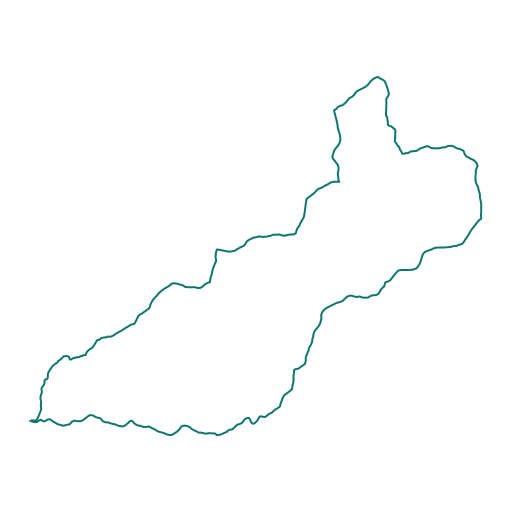 Nyisho, Wangdi Phodrang, Bhutan (Equal Earth projection)
{"feature_id": "84629894B40037951494601", "entity_name": "Nyisho", "entity_type": "district", "adm_level": 2, "iso_a3": "BTN", "parent_name": "Bhutan", "parent_adm1": "Wangdi Phodrang", "projection": "equal_earth", "projection_center": [90.07, 27.567], "detail": "fine", "context": "isolated", "style": "outline", "palette": "teal", "viewbox_px": 512, "rotation_deg": 0, "n_neighbors": 0, "source": "geoboundaries", "source_scale": "gbopen_adm2", "svg_char_len": 6010}
<svg xmlns="http://www.w3.org/2000/svg" viewBox="0 0 512 512"><path d="M293.6,377.9L293.4,376.5L294.1,372.2L294.1,370.1L295.1,369.3L298.7,368.5L300.9,366.8L304.4,364.4L305.1,363.4L305.8,360.6L305.7,358.6L305.8,357.1L306.6,355.0L308.6,350.2L309.1,347.6L310.0,346.5L311.3,343.8L312.2,341.5L312.4,338.8L313.0,337.4L313.6,333.7L314.5,331.2L318.8,325.9L320.2,323.2L321.5,318.2L321.2,316.7L321.2,315.2L322.1,312.3L324.2,309.8L326.0,308.4L327.9,307.2L334.6,303.9L336.4,303.0L340.8,301.8L342.8,300.8L347.0,296.7L349.6,295.7L351.4,295.6L354.5,296.6L357.5,297.0L358.8,296.5L360.4,296.7L362.5,297.6L366.2,297.7L367.8,297.6L371.0,295.8L372.8,295.3L376.1,295.1L378.3,293.9L380.1,291.4L380.5,290.0L382.1,288.2L383.8,286.8L384.8,284.3L385.4,282.3L388.5,281.3L390.6,279.9L393.2,276.3L398.0,270.7L399.8,270.2L401.7,270.0L408.0,270.0L412.5,269.7L416.4,268.4L418.3,266.1L420.4,262.4L421.2,259.4L422.7,254.6L424.8,252.0L428.9,250.3L431.4,249.5L435.0,247.8L439.0,247.5L444.1,247.5L450.2,247.0L453.9,246.1L456.5,246.0L458.4,245.0L461.3,244.2L462.8,243.3L463.8,242.0L464.9,240.1L466.0,238.7L468.1,235.5L471.2,230.1L474.8,225.6L475.9,224.0L479.1,220.1L481.0,218.9L481.3,217.9L480.9,215.2L481.2,211.9L481.2,204.4L481.0,202.5L479.9,197.4L479.8,193.6L478.9,191.1L478.2,187.9L478.0,186.6L476.9,185.0L475.8,182.3L475.5,180.2L475.5,176.5L475.9,172.4L475.7,170.8L476.3,169.0L477.6,165.9L476.3,162.5L474.0,160.3L469.8,158.3L467.8,157.0L466.2,156.3L464.8,154.4L463.7,151.3L463.2,150.6L459.7,149.0L456.8,148.3L453.1,146.2L451.5,145.8L448.1,146.0L444.7,147.5L442.9,147.3L439.9,148.1L436.1,148.4L431.3,148.1L428.9,146.7L427.4,146.1L425.3,146.7L420.5,148.4L417.2,150.5L416.1,151.0L410.9,151.4L408.0,153.1L405.7,153.2L403.8,153.8L402.3,153.6L401.1,151.2L399.7,149.1L399.3,147.2L398.1,146.2L396.2,143.1L394.8,141.4L395.1,138.8L395.3,136.0L395.1,134.0L395.5,131.1L395.1,130.1L394.8,129.2L391.2,126.4L388.7,125.5L387.8,124.8L387.9,122.2L387.4,119.8L387.2,117.1L386.0,115.6L386.0,112.5L386.3,108.9L386.3,105.1L386.4,102.4L386.2,100.4L386.4,98.7L387.7,96.8L389.0,93.9L388.6,92.6L388.0,89.7L386.3,84.9L384.8,81.4L383.5,80.2L377.5,76.9L373.6,78.7L370.8,81.1L368.3,84.3L366.2,86.3L362.9,88.2L357.4,90.9L355.4,92.7L354.7,94.3L352.1,96.7L349.4,98.2L347.2,100.6L346.0,102.3L344.3,103.8L342.3,105.4L341.0,105.5L339.5,106.2L337.7,107.2L336.4,108.9L334.2,110.1L334.3,111.7L336.6,120.6L337.5,124.9L337.8,128.1L339.9,135.0L340.4,139.2L339.9,142.1L338.4,145.1L335.6,148.5L334.2,150.5L332.3,156.9L333.1,159.0L334.6,160.5L335.7,162.2L337.7,164.8L338.4,166.8L338.6,169.9L337.8,172.7L338.0,175.8L338.6,180.3L339.1,181.7L334.1,181.8L331.1,182.3L327.7,184.4L324.5,185.9L321.4,187.8L320.3,188.3L318.8,188.6L317.0,190.0L315.4,191.7L314.7,192.7L306.7,198.8L305.9,202.9L304.5,213.8L303.7,217.4L300.4,223.1L299.1,226.2L297.2,228.5L295.6,233.5L294.2,234.3L290.6,234.5L288.3,234.8L285.4,235.5L283.8,235.8L281.4,235.2L279.6,234.5L277.3,234.7L274.4,234.7L272.7,234.9L270.1,235.9L266.7,236.6L263.6,236.9L261.0,236.8L259.1,236.3L257.5,236.9L254.3,237.6L253.5,237.6L249.3,239.7L247.1,241.1L245.9,243.0L244.5,245.2L243.2,246.1L239.7,247.7L234.3,250.9L230.6,251.6L228.3,251.6L218.3,249.6L216.9,249.6L216.0,252.4L215.5,257.1L216.0,259.5L216.1,261.3L215.1,263.1L213.1,268.3L212.5,270.3L211.6,274.7L210.4,278.6L209.9,282.1L207.4,283.0L204.8,284.4L204.0,285.2L202.3,286.8L200.2,287.9L197.9,288.0L194.7,287.2L189.2,287.3L187.5,287.1L185.2,287.0L183.1,285.4L176.0,283.5L173.4,283.3L171.5,283.7L170.0,285.3L168.7,286.2L165.0,288.3L161.6,290.7L158.0,294.0L157.0,295.6L155.1,297.4L152.7,300.2L150.5,304.3L149.9,307.0L149.1,308.3L147.3,309.7L141.4,313.9L139.8,314.6L138.3,316.1L136.5,319.7L134.9,323.2L133.5,324.2L130.9,324.6L127.7,326.8L125.9,327.7L121.7,330.5L115.8,333.7L113.8,335.3L110.7,336.7L107.3,336.7L105.9,337.5L104.2,337.4L101.2,338.1L99.1,339.8L97.4,340.1L96.6,340.9L95.5,343.0L92.6,347.4L91.6,348.2L89.8,349.2L89.0,349.9L87.5,351.1L86.8,352.1L85.5,355.0L83.6,355.2L81.9,356.0L80.8,356.1L79.2,357.1L77.9,357.3L76.9,357.1L75.8,357.7L74.9,357.9L73.9,357.7L71.0,359.5L69.9,359.4L68.9,356.9L67.1,356.0L64.7,356.3L63.7,356.3L61.4,358.7L59.6,360.2L58.3,361.0L57.0,362.9L55.3,363.8L54.6,364.3L52.3,366.4L48.7,371.7L48.1,373.4L47.9,374.4L47.7,378.0L46.8,379.1L45.1,379.7L44.5,380.7L44.5,382.8L44.3,383.9L42.1,387.4L41.5,388.6L41.5,389.5L41.9,391.5L41.9,392.3L40.9,395.0L40.4,397.7L40.5,398.8L41.1,401.2L41.2,402.1L40.9,403.8L40.8,405.6L41.2,408.9L40.9,410.2L38.6,416.2L37.4,418.7L36.3,420.2L35.5,420.7L34.8,420.7L33.3,420.3L31.8,420.3L30.7,420.9L32.5,421.6L34.9,422.2L37.0,421.9L39.4,420.4L40.8,419.8L41.5,420.1L42.7,421.0L43.7,421.4L44.7,421.3L48.2,419.3L49.5,419.3L50.5,419.6L53.4,421.8L56.3,423.3L57.4,424.1L61.4,425.1L62.0,425.5L62.8,425.7L63.8,425.6L69.8,424.2L72.0,421.6L73.1,421.3L74.1,420.6L77.1,421.1L78.7,421.2L80.2,421.2L82.1,420.6L83.3,419.9L87.7,416.5L89.4,415.3L91.7,415.2L92.7,415.4L96.3,417.3L99.2,418.0L100.6,418.6L101.4,419.4L102.5,420.9L103.6,421.6L104.7,422.1L106.6,422.4L108.1,422.4L112.4,423.9L115.0,424.3L118.6,425.8L122.5,426.5L125.6,425.3L127.1,423.7L128.6,422.7L129.0,421.9L130.7,420.9L132.0,420.8L134.7,423.7L137.5,425.4L140.8,425.9L142.9,426.8L144.0,427.1L145.8,427.0L148.5,426.5L150.3,427.1L152.4,428.5L154.2,429.0L156.1,430.4L158.9,431.7L164.2,433.2L167.5,434.6L170.3,435.1L172.1,434.8L174.4,433.4L177.1,431.6L179.3,429.5L181.1,426.9L182.8,425.9L184.3,425.6L187.1,426.0L189.5,427.0L191.7,429.0L194.1,430.3L196.5,431.4L198.6,432.6L200.7,432.6L206.0,433.7L208.4,433.2L213.8,433.4L215.3,433.6L216.7,435.1L217.7,435.1L220.6,434.6L224.1,433.0L225.3,432.6L227.0,431.6L227.6,430.7L229.8,429.7L232.5,429.3L237.1,424.8L240.5,423.7L242.5,422.5L243.7,420.4L245.1,418.9L246.8,418.2L247.7,418.0L249.1,418.1L250.3,419.8L250.6,421.0L251.2,422.5L252.9,423.7L254.2,423.5L255.7,422.3L257.3,420.5L258.6,418.4L259.5,416.7L261.1,416.3L263.9,417.0L265.6,416.8L269.0,413.9L271.8,412.7L274.6,409.9L277.3,408.4L279.6,406.8L280.2,405.8L280.4,404.3L282.5,398.4L284.1,395.3L289.6,391.3L292.0,389.2L292.9,383.7L293.5,381.4L293.6,377.9Z" fill="none" stroke="#0f766e" stroke-width="2"/></svg>